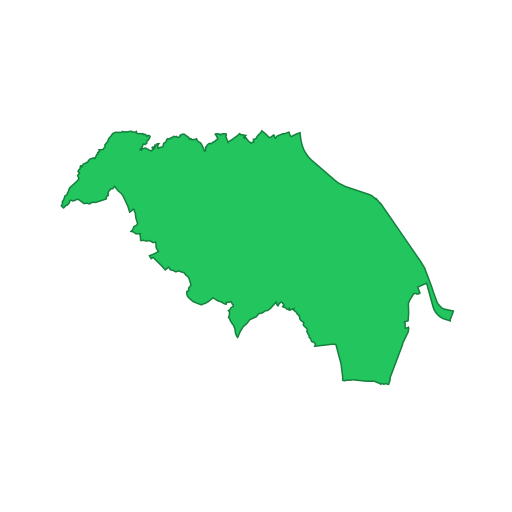 Motaieni, Dâmbovita, Romania (Albers equal-area conic projection), rotated 331°
{"feature_id": "2599482B19115351514525", "entity_name": "Motaieni", "entity_type": "district", "adm_level": 2, "iso_a3": "ROU", "parent_name": "Romania", "parent_adm1": "Dâmbovita", "projection": "albers", "projection_center": [25.393, 45.104], "detail": "fine", "context": "isolated", "style": "filled", "palette": "green", "viewbox_px": 512, "rotation_deg": 331, "n_neighbors": 0, "source": "geoboundaries", "source_scale": "gbopen_adm2", "svg_char_len": 6100}
<svg xmlns="http://www.w3.org/2000/svg" viewBox="0 0 512 512"><g transform="rotate(331 256 256)"><path d="M367.7,238.4L363.5,232.2L361.8,228.3L350.9,198.6L349.9,194.9L349.3,188.9L349.4,185.9L350.0,181.7L351.6,176.0L354.3,169.5L350.8,168.9L345.6,168.6L344.8,168.9L344.3,167.5L344.5,165.5L345.0,163.8L344.6,163.6L340.2,162.9L338.8,162.1L333.6,161.4L332.1,161.5L330.2,162.4L329.9,161.1L329.9,160.4L330.5,159.6L330.1,158.7L326.4,159.3L325.0,158.7L323.4,153.3L321.8,149.3L320.6,150.2L315.0,151.9L313.5,153.1L310.9,153.2L310.3,152.7L309.2,155.3L308.1,154.7L306.5,155.2L305.1,151.9L304.4,147.4L303.1,147.6L302.7,146.3L305.5,145.6L301.4,142.2L301.0,141.0L298.4,141.7L292.0,142.5L288.3,142.7L286.7,143.2L287.0,140.3L287.4,138.4L287.5,136.7L288.7,135.8L289.1,134.7L286.3,132.9L283.7,132.9L283.7,132.2L281.3,130.2L279.7,129.6L279.4,129.7L279.6,131.9L279.4,134.9L278.8,135.3L276.5,135.3L275.6,136.0L273.5,135.5L271.7,136.2L270.2,135.1L269.2,134.9L267.2,135.3L265.8,136.3L265.0,136.2L264.5,136.5L264.3,137.6L263.4,138.4L262.9,139.5L262.3,139.5L261.9,139.2L261.8,138.3L262.3,136.5L262.5,131.1L262.2,129.9L260.9,127.8L260.6,126.7L260.8,124.6L258.8,124.3L257.4,123.7L256.1,122.9L256.2,122.3L255.9,121.7L254.3,121.6L254.8,120.6L254.5,119.4L252.2,114.6L250.9,113.8L249.5,113.9L248.4,113.5L247.9,113.7L247.3,114.8L245.5,114.6L244.8,114.0L244.5,112.9L243.2,112.6L242.2,111.5L240.0,111.7L239.2,111.3L237.1,111.8L235.8,110.6L234.3,110.9L232.4,112.6L229.8,112.7L227.5,115.4L224.1,114.3L222.8,114.4L222.7,113.6L223.2,112.4L224.5,111.1L225.5,110.7L223.8,109.9L223.3,110.4L221.7,110.7L221.5,110.0L220.6,110.7L220.3,111.9L219.9,111.8L218.8,110.7L217.8,110.7L217.6,111.3L218.9,112.7L217.1,112.7L215.7,113.5L213.7,111.5L213.4,110.3L212.3,109.3L212.1,108.4L211.5,107.9L208.9,107.2L207.0,107.9L206.1,107.1L206.6,106.3L207.7,106.3L209.7,105.2L211.4,103.6L212.0,103.5L212.6,104.0L213.0,104.7L215.1,104.4L216.5,102.4L218.0,102.4L220.6,100.9L221.2,100.2L221.3,99.7L220.7,98.6L220.0,98.1L218.6,98.6L218.3,96.3L217.9,95.6L216.9,95.6L216.5,95.2L216.6,94.6L216.1,93.9L215.7,94.0L214.9,93.3L211.5,91.5L211.3,90.2L211.7,89.1L210.1,89.2L209.3,88.3L208.0,87.7L207.7,86.7L207.0,86.2L203.5,85.0L200.9,83.6L199.4,82.2L198.8,82.6L197.9,82.5L193.3,79.8L190.0,79.4L188.2,80.4L183.6,82.2L182.3,83.7L177.6,85.6L177.2,86.8L176.6,87.7L175.0,87.9L173.9,88.8L170.1,87.0L170.1,88.0L169.7,88.8L168.4,88.6L167.7,88.8L167.4,89.0L167.4,90.0L165.7,90.1L162.9,92.5L162.0,92.5L162.0,91.7L161.7,91.5L157.6,90.7L155.5,91.5L154.2,92.4L153.7,92.5L153.2,91.9L151.8,92.4L150.4,91.8L149.7,91.9L147.2,93.0L147.1,93.5L146.7,93.2L146.6,92.2L146.4,92.1L145.3,92.9L145.3,93.3L144.0,94.8L143.1,94.5L142.5,95.2L141.5,95.5L141.3,96.0L141.8,97.7L141.7,98.1L139.9,98.6L138.9,99.3L138.7,102.5L136.3,103.6L125.9,106.1L123.9,107.8L123.1,108.8L121.9,109.2L120.8,110.5L119.7,110.8L118.1,110.8L115.5,113.2L114.3,114.0L113.2,114.4L112.5,115.2L112.4,116.1L111.8,116.9L110.9,117.1L110.0,117.8L111.0,120.7L114.1,119.7L115.8,120.0L118.6,118.9L119.9,117.5L121.2,117.5L122.5,119.1L124.6,119.6L126.1,119.4L127.9,120.4L128.4,120.9L131.0,126.8L133.8,127.9L135.3,129.5L136.5,129.8L137.3,129.4L138.2,129.9L139.0,129.6L141.6,131.4L152.6,133.5L154.0,131.7L155.1,131.3L156.2,131.4L156.6,130.1L157.1,129.8L156.9,129.3L157.8,128.5L160.1,127.3L160.7,127.5L161.8,126.8L163.3,127.7L166.1,126.4L167.0,132.0L168.6,136.3L168.8,139.6L168.1,150.0L166.8,156.4L168.9,156.2L171.3,155.4L172.1,156.5L171.3,157.5L171.3,159.7L169.4,164.4L168.2,169.9L167.9,170.4L166.5,171.2L163.5,171.1L160.8,173.3L158.6,173.9L160.4,175.5L161.8,178.5L165.6,180.4L164.7,181.5L164.2,183.3L162.7,186.2L163.0,187.0L164.6,187.4L167.8,190.1L169.4,190.3L171.1,192.0L172.3,194.3L174.8,195.1L174.5,195.9L174.4,197.5L173.3,198.7L172.6,201.3L172.9,204.8L167.5,204.7L162.9,204.1L163.0,207.5L165.5,207.4L166.3,210.8L168.5,218.2L169.9,224.2L174.3,223.4L174.4,226.6L176.4,228.3L178.2,231.0L181.3,231.6L182.2,233.0L185.0,235.7L185.4,238.7L186.7,242.1L185.7,247.4L184.7,250.3L182.5,250.9L181.3,251.6L180.6,253.5L180.2,253.8L178.7,253.3L177.9,254.0L177.2,255.3L176.6,257.4L177.0,260.3L178.9,265.5L184.3,272.0L185.4,272.4L187.2,272.3L188.2,272.8L192.2,272.8L198.1,271.7L201.1,277.0L203.2,279.1L205.0,282.2L206.3,283.6L206.6,283.7L207.7,282.3L208.0,282.3L210.8,283.6L212.1,283.9L212.0,286.4L212.3,287.9L211.9,288.8L208.7,289.3L207.2,290.2L205.4,290.4L205.8,292.0L203.7,295.2L202.1,296.5L202.7,298.2L202.3,298.9L202.2,299.7L202.4,304.3L202.7,305.6L202.3,309.3L200.5,314.0L200.2,316.9L200.5,318.3L205.5,314.5L210.3,311.7L215.3,310.6L219.7,308.7L226.9,309.3L230.4,307.7L232.0,308.4L234.4,308.9L237.7,308.4L239.5,309.3L240.2,309.3L243.7,308.7L251.2,306.1L250.6,309.0L250.9,310.1L251.2,310.3L252.8,309.1L254.8,308.5L256.0,308.7L256.3,309.1L256.4,310.6L256.9,311.6L256.8,312.3L254.7,313.2L255.9,314.7L256.5,314.9L257.3,317.7L258.5,318.0L259.8,317.9L259.6,318.4L258.5,318.8L258.7,319.3L259.5,319.8L263.6,320.4L262.7,321.0L262.6,321.5L264.1,325.1L264.2,325.8L263.9,326.4L263.9,327.2L265.1,328.6L265.1,329.0L264.5,329.6L264.6,330.4L263.8,332.1L264.0,334.1L265.4,337.0L265.3,337.8L264.1,338.8L264.0,340.2L265.4,344.4L265.0,345.5L263.9,346.5L263.7,349.3L263.9,351.7L263.1,352.7L263.7,355.4L263.2,357.1L263.5,358.3L264.8,359.3L265.3,361.6L265.1,362.2L263.6,363.4L280.1,370.2L283.0,372.0L278.1,391.5L273.3,403.5L271.6,406.7L272.6,407.9L274.7,408.5L279.3,410.8L280.4,411.0L291.8,419.0L297.5,422.2L298.7,422.6L300.3,425.0L302.5,427.5L302.8,428.6L304.4,428.7L305.6,430.1L307.6,430.6L309.7,432.6L313.0,429.6L314.7,427.1L341.4,404.4L342.1,403.4L352.3,396.2L354.5,393.3L354.8,392.2L353.5,392.2L351.6,391.5L352.6,389.1L353.5,388.1L353.8,386.7L353.6,385.7L353.8,385.5L357.6,386.4L361.6,380.4L366.2,371.5L368.8,369.3L375.7,365.4L377.8,366.3L378.3,367.4L380.1,368.0L380.3,367.5L381.5,367.8L382.3,361.6L392.0,362.5L386.3,385.9L385.7,389.4L385.9,393.1L386.7,396.6L387.7,398.8L389.0,401.1L394.4,406.9L394.9,405.9L402.0,399.9L394.5,393.3L393.5,391.8L393.0,390.5L392.0,386.2L392.0,384.0L393.6,373.7L394.7,368.3L397.7,347.9L397.3,340.0L390.5,270.3L390.2,270.3L388.8,263.8L388.2,264.0L386.8,260.0L385.2,257.5L367.7,238.4Z" fill="#22c55e" stroke="#15803d" stroke-width="1.5"/></g></svg>